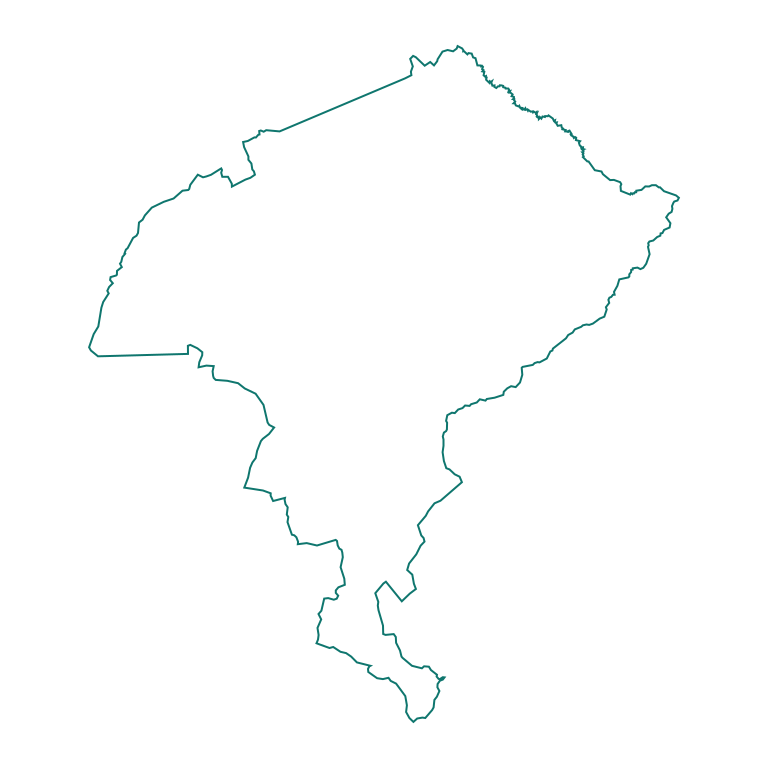 Mampong Municipal, Ashanti, Ghana
{"feature_id": "2480657B66784074859314", "entity_name": "Mampong Municipal", "entity_type": "district", "adm_level": 2, "iso_a3": "GHA", "parent_name": "Ghana", "parent_adm1": "Ashanti", "projection": "albers", "projection_center": [-1.392, 7.114], "detail": "fine", "context": "isolated", "style": "outline", "palette": "teal", "viewbox_px": 768, "rotation_deg": 0, "n_neighbors": 0, "source": "geoboundaries", "source_scale": "gbopen_adm2", "svg_char_len": 6040}
<svg xmlns="http://www.w3.org/2000/svg" viewBox="0 0 768 768"><path d="M413.4,721.9L417.2,718.5L422.4,717.6L425.3,718.0L432.1,710.1L433.6,707.4L434.4,699.9L436.9,696.7L439.4,691.0L437.4,687.3L437.6,684.0L439.9,680.7L442.8,679.6L444.5,677.4L442.8,677.2L439.7,679.2L438.6,678.9L436.6,676.5L437.0,674.8L430.9,670.0L428.9,666.7L424.1,666.3L421.9,668.3L412.0,665.8L402.6,657.9L401.5,656.6L400.0,650.5L396.1,642.8L395.8,637.0L393.7,634.1L385.5,634.9L383.2,634.0L383.0,625.6L378.5,610.2L377.8,605.6L378.3,601.9L375.3,593.2L383.4,583.5L385.9,581.7L401.8,601.3L409.8,593.6L415.9,589.0L413.9,583.7L412.3,574.7L407.2,570.0L409.1,563.5L416.3,554.3L420.6,545.7L424.5,541.6L423.6,538.0L421.3,535.5L417.9,525.2L425.8,515.8L428.1,511.4L434.5,503.3L440.5,500.7L461.9,482.2L459.6,476.7L454.7,474.3L449.5,469.4L446.3,468.2L443.9,461.0L442.6,452.2L443.5,445.9L443.5,439.5L442.8,436.5L443.9,432.6L446.1,431.1L446.9,429.5L447.1,422.7L446.1,420.9L447.3,415.2L451.9,412.7L454.8,413.1L458.2,409.5L462.5,408.1L465.1,405.5L469.6,405.9L471.1,404.2L476.8,402.5L479.8,399.3L485.5,400.6L486.8,399.0L494.6,397.7L503.3,394.9L503.8,391.7L507.3,388.3L511.1,386.2L515.7,387.1L520.0,382.5L522.3,374.8L521.7,367.8L522.6,366.9L532.8,364.9L534.6,363.1L537.6,362.1L539.5,362.4L546.8,358.5L550.3,351.5L552.4,350.5L552.9,348.6L566.0,338.3L568.2,335.0L572.6,332.6L574.8,329.4L581.2,326.8L582.9,325.3L586.5,324.5L589.2,324.9L592.9,323.6L599.7,318.6L604.3,316.7L606.7,309.5L605.9,307.2L609.2,302.9L608.4,299.8L609.4,297.7L611.3,296.9L612.9,294.8L614.6,294.7L614.0,291.9L617.4,285.8L619.3,279.4L628.4,277.4L629.3,276.5L629.3,274.3L631.1,272.1L631.2,269.9L632.7,269.6L632.8,268.3L637.5,267.6L640.4,269.1L643.3,267.8L646.2,263.8L649.6,254.2L648.0,246.8L648.7,245.3L648.2,243.2L649.4,241.5L653.3,240.5L657.2,237.0L660.3,235.7L660.6,233.4L662.4,233.1L664.1,229.9L669.6,227.5L670.4,223.2L666.2,217.3L668.7,213.7L671.6,211.9L672.4,208.9L672.0,206.1L673.5,202.6L674.3,201.5L677.5,200.5L678.9,197.8L676.0,195.4L664.0,191.2L660.0,187.3L658.8,187.4L655.9,185.2L651.9,185.2L649.1,186.5L645.3,186.4L641.5,189.9L636.3,190.7L636.2,192.2L634.9,192.2L634.3,193.4L633.2,193.2L632.5,194.2L631.0,193.2L630.2,194.6L620.9,190.9L620.5,186.1L621.3,184.2L620.2,182.2L613.9,179.9L610.1,180.1L602.9,174.2L601.5,171.5L594.8,170.2L588.6,161.5L587.3,161.4L582.9,157.1L583.7,156.3L582.7,154.6L583.4,153.7L582.3,152.3L583.3,152.2L583.6,151.0L582.4,149.8L583.8,149.2L582.9,148.9L583.0,147.6L581.4,148.4L581.2,147.8L582.0,147.2L579.8,145.5L578.9,142.7L580.1,141.2L575.9,140.1L576.2,137.7L575.0,137.0L573.9,138.0L573.1,136.4L571.2,135.4L570.7,134.4L571.6,134.0L569.5,130.6L568.3,131.0L568.0,132.7L567.9,131.6L565.2,131.4L565.7,130.1L562.5,129.3L563.0,128.5L561.8,127.7L561.3,125.2L557.7,125.8L556.4,123.5L556.8,122.4L555.4,122.6L554.7,121.7L555.0,120.3L553.9,120.9L552.8,118.5L548.5,115.4L547.8,116.2L545.1,116.1L544.9,117.0L542.5,116.5L541.4,118.6L540.4,117.5L538.9,119.0L538.9,116.9L537.6,117.4L536.7,116.6L537.2,115.4L536.4,114.4L537.1,112.7L536.2,113.2L536.3,112.3L535.7,112.8L533.6,111.5L533.0,112.3L532.6,111.4L530.8,111.7L528.3,109.9L527.9,110.7L527.1,109.3L525.7,109.8L525.3,108.3L524.2,109.6L523.5,109.1L522.4,109.7L521.2,108.7L521.9,107.9L520.1,107.7L519.3,105.8L518.7,106.5L515.8,105.4L515.0,103.4L513.6,103.3L515.2,101.6L514.1,100.2L514.3,99.3L513.1,99.1L514.0,98.3L513.9,96.9L511.6,96.2L512.6,94.4L510.4,92.6L509.3,92.6L510.1,91.1L508.5,91.6L509.1,89.7L508.3,88.5L505.6,88.5L505.4,87.7L503.2,87.2L503.2,85.9L501.6,85.4L499.8,85.3L499.5,86.3L497.9,86.4L496.3,88.0L494.4,86.9L494.5,85.4L492.4,85.7L491.3,82.5L491.8,81.3L490.8,82.0L489.9,81.3L489.5,83.0L486.1,79.7L486.6,77.6L485.8,77.5L485.9,76.1L485.0,76.5L483.6,75.3L484.3,71.8L482.4,71.4L483.5,70.1L482.1,69.1L483.0,66.9L482.0,65.8L481.1,66.4L480.7,65.5L477.4,65.4L475.5,58.2L473.1,57.4L471.7,53.6L468.5,53.1L467.4,54.4L463.9,51.1L463.2,51.3L463.3,50.1L462.1,48.4L457.6,46.1L456.7,48.6L453.1,51.3L447.6,50.0L442.5,51.6L437.6,59.3L437.2,61.2L434.0,65.4L430.2,62.0L424.7,65.7L415.8,57.2L413.1,55.9L410.2,58.9L412.8,66.4L410.9,71.7L411.4,75.2L405.0,78.4L279.6,131.4L266.2,130.2L263.7,131.7L260.8,130.5L259.2,131.0L259.5,134.5L258.3,134.8L255.9,137.5L254.4,137.4L247.8,141.0L243.1,142.0L244.1,147.1L248.4,156.4L248.4,159.8L251.4,163.5L252.3,169.5L253.9,171.3L254.9,174.7L250.4,177.8L245.4,179.6L231.9,186.6L231.8,183.7L228.0,176.8L222.3,176.8L221.2,172.8L222.0,170.0L221.2,168.4L211.0,174.8L206.2,176.5L203.0,177.3L197.8,174.7L190.3,184.8L189.2,189.0L188.2,190.0L182.5,190.7L173.6,198.5L163.8,201.8L151.8,207.6L144.9,215.4L142.6,219.7L139.0,222.5L138.0,233.0L136.5,235.7L133.1,237.9L127.6,248.2L125.9,249.6L124.5,253.4L125.1,253.8L122.4,257.0L121.3,261.8L120.0,263.7L121.8,267.1L117.0,270.9L116.9,274.7L116.1,275.5L110.6,277.1L110.1,280.0L112.8,283.2L109.1,287.0L107.3,290.8L108.7,293.4L103.2,302.0L101.4,307.7L98.3,326.5L93.7,334.1L89.1,347.3L90.9,350.5L98.0,356.3L106.1,356.1L188.0,353.9L187.9,345.8L190.3,344.9L197.4,348.3L202.3,352.2L202.2,355.3L199.3,362.2L198.6,367.3L206.4,365.6L213.7,366.1L212.6,371.3L213.1,375.8L213.7,377.9L215.7,379.9L227.3,380.8L238.1,383.2L244.8,388.5L255.6,393.7L263.5,404.9L267.6,422.5L269.2,424.9L274.1,427.5L269.0,434.0L262.8,438.8L260.9,441.1L257.1,450.9L255.7,458.1L252.4,462.5L250.1,467.8L248.1,477.6L244.3,487.6L263.0,490.5L270.7,493.3L270.6,495.6L273.1,501.0L285.0,497.9L284.6,499.7L285.5,504.1L287.7,507.3L286.8,514.6L288.3,517.0L287.5,522.1L291.9,534.7L294.3,535.3L296.4,537.3L298.1,541.8L297.8,544.2L306.7,543.1L317.0,545.5L335.7,539.9L337.0,541.0L337.7,545.4L339.3,548.6L341.5,549.8L342.3,552.6L342.8,557.2L340.6,567.2L344.3,578.7L344.8,584.8L338.4,587.3L335.8,590.4L335.8,592.9L338.2,595.7L336.7,598.7L333.8,599.7L328.2,598.1L324.2,598.6L321.4,610.7L318.5,614.0L321.2,619.4L317.5,627.9L318.6,635.0L318.0,639.6L316.5,643.3L329.5,648.0L333.2,647.0L340.5,651.8L346.1,653.1L351.2,656.6L356.9,662.4L370.4,665.8L369.3,666.4L368.0,668.9L368.3,672.0L377.1,678.2L382.9,679.1L388.5,677.8L390.7,680.9L396.1,683.6L405.3,696.1L406.9,705.3L406.1,712.0L409.4,718.0L413.4,721.9Z" fill="none" stroke="#0f766e" stroke-width="2"/></svg>